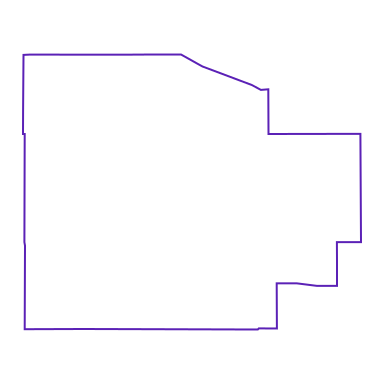 Socorro, New Mexico, United States of America
{"feature_id": "52423323B71844898406076", "entity_name": "Socorro", "entity_type": "district", "adm_level": 2, "iso_a3": "USA", "parent_name": "United States of America", "parent_adm1": "New Mexico", "projection": "equal_earth", "projection_center": [-106.775, 34.028], "detail": "fine", "context": "isolated", "style": "outline", "palette": "violet", "viewbox_px": 384, "rotation_deg": 0, "n_neighbors": 0, "source": "geoboundaries", "source_scale": "gbopen_adm2", "svg_char_len": 501}
<svg xmlns="http://www.w3.org/2000/svg" viewBox="0 0 384 384"><path d="M268.3,89.3L260.9,89.9L251.8,85.0L240.6,80.8L202.5,66.5L201.6,66.0L196.9,63.4L181.0,54.5L155.3,54.5L121.3,54.7L29.7,54.6L23.5,54.9L23.1,108.9L23.0,134.0L24.7,134.0L24.4,242.1L25.0,245.7L24.7,329.2L83.0,329.0L257.8,329.5L258.8,328.4L276.9,328.5L276.7,283.3L296.5,283.3L317.2,285.9L337.0,285.9L337.0,261.4L336.9,242.1L361.0,242.1L360.4,133.9L327.4,133.9L268.5,134.0L268.3,89.3Z" fill="none" stroke="#5b21b6" stroke-width="2"/></svg>